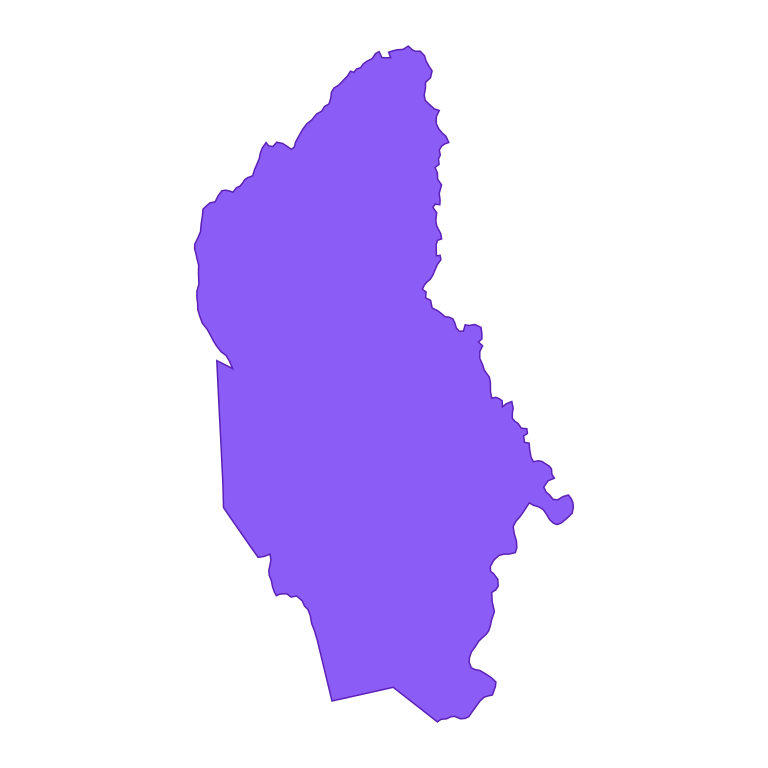 Contendas do Sincorá, Bahia, Brazil
{"feature_id": "56859067B17459765525716", "entity_name": "Contendas do Sincorá", "entity_type": "district", "adm_level": 2, "iso_a3": "BRA", "parent_name": "Brazil", "parent_adm1": "Bahia", "projection": "equal_earth", "projection_center": [-41.061, -13.829], "detail": "fine", "context": "isolated", "style": "filled", "palette": "violet", "viewbox_px": 768, "rotation_deg": 0, "n_neighbors": 0, "source": "geoboundaries", "source_scale": "gbopen_adm2", "svg_char_len": 3782}
<svg xmlns="http://www.w3.org/2000/svg" viewBox="0 0 768 768"><path d="M221.9,190.7L218.1,195.8L215.2,201.8L210.0,202.8L205.9,206.4L203.0,209.1L202.4,216.1L201.2,223.5L200.5,231.7L197.6,238.4L194.8,244.1L194.6,248.9L195.8,253.0L196.9,258.3L198.7,265.3L198.5,269.8L198.5,274.7L198.9,284.1L196.9,291.3L196.9,298.1L197.6,303.1L197.8,309.6L199.8,316.3L202.3,323.1L207.4,329.6L210.9,336.1L213.4,340.9L216.4,345.7L221.1,351.8L226.0,355.4L229.5,361.2L232.6,368.6L216.8,360.6L219.2,410.3L220.7,438.8L222.9,483.9L223.5,507.5L228.7,515.2L251.1,547.5L258.2,557.4L264.2,556.4L269.9,554.2L271.0,559.6L270.0,564.8L268.8,570.4L269.2,575.3L271.3,580.5L272.6,587.0L274.2,591.6L276.3,595.7L279.6,594.2L283.0,593.8L287.1,594.0L291.1,597.1L296.6,596.0L302.2,600.8L304.5,606.1L307.9,609.4L310.2,615.3L311.7,623.7L314.4,630.5L317.2,639.9L332.0,701.0L365.2,693.6L393.2,687.3L437.4,721.9L441.1,719.3L446.6,718.8L451.0,716.7L454.7,716.4L460.5,718.8L465.2,718.4L468.8,716.7L471.6,712.6L476.4,705.9L480.0,701.0L484.1,697.2L487.9,696.0L492.4,695.0L495.4,686.6L495.9,682.0L491.3,677.7L487.4,675.0L484.3,673.1L479.9,670.5L474.5,669.4L471.3,667.7L469.1,662.2L469.6,657.1L471.6,651.6L475.1,647.0L478.8,641.1L483.2,636.9L486.3,634.2L488.7,630.8L490.3,625.9L491.7,619.6L494.4,611.6L492.2,601.7L491.7,592.5L495.8,589.9L498.2,586.1L497.8,579.3L493.5,573.6L490.6,571.3L490.3,566.6L493.7,560.3L499.0,555.4L503.7,554.2L509.6,554.0L515.3,552.6L516.8,547.9L516.5,541.3L514.1,533.1L513.2,526.5L516.1,521.0L519.7,517.1L523.0,512.5L526.1,507.7L529.3,502.9L533.4,505.3L538.7,506.8L543.3,509.7L546.3,514.0L549.6,519.6L553.3,523.1L557.0,524.6L561.4,522.9L566.6,518.6L572.1,513.3L573.4,507.3L572.9,502.7L571.3,498.8L568.4,495.0L563.2,496.5L557.7,499.8L553.1,499.4L549.8,495.2L546.1,492.1L543.8,487.0L548.2,480.7L554.4,478.2L551.9,474.3L551.5,468.9L549.1,466.0L545.7,463.9L541.9,461.4L538.3,460.8L533.4,461.7L531.0,457.1L529.7,449.7L529.1,443.1L524.5,442.4L523.6,436.0L527.4,433.5L526.8,428.7L521.3,428.2L518.2,423.6L515.0,421.4L512.3,418.3L512.4,412.8L513.2,408.2L511.8,401.5L506.4,403.7L502.5,406.8L502.1,400.7L499.0,398.6L495.7,397.3L491.7,398.1L490.5,391.6L490.4,382.6L489.3,377.1L486.7,373.5L484.2,370.0L482.6,364.6L479.8,358.5L479.8,351.5L482.6,345.8L478.4,342.0L481.9,338.9L481.9,333.7L481.0,327.4L474.9,324.5L469.0,325.5L465.2,324.8L463.4,331.1L459.3,331.2L456.4,328.1L454.8,322.9L452.8,318.8L449.0,317.1L445.1,316.8L441.6,313.7L437.8,310.8L432.1,307.9L430.6,300.4L425.6,297.8L426.1,292.0L422.4,289.3L424.2,285.3L426.8,282.1L430.3,279.2L432.6,275.6L434.9,270.3L437.4,264.5L440.9,259.7L440.1,255.3L436.4,255.8L436.3,250.5L436.2,244.7L437.4,240.4L441.6,238.9L440.8,233.9L436.7,225.9L435.8,220.6L436.7,212.7L432.9,207.4L435.2,204.2L439.8,204.7L440.1,200.1L439.2,193.3L441.6,185.0L437.6,179.1L437.4,172.9L435.1,167.4L439.1,164.4L438.5,158.9L440.3,155.1L439.3,150.0L441.7,146.1L444.8,143.9L448.8,142.5L445.9,136.2L442.1,132.9L438.7,128.8L436.2,123.4L436.4,116.5L439.3,110.5L434.4,108.9L428.8,103.9L425.2,100.3L424.2,94.9L425.4,88.9L425.6,82.3L430.5,77.8L432.1,70.9L428.5,65.5L426.0,60.7L424.5,55.7L420.1,51.1L415.6,51.3L412.3,49.8L408.3,46.1L403.0,49.4L396.9,49.8L391.9,51.1L388.6,52.3L390.7,57.5L387.0,57.8L381.9,57.6L379.1,51.6L375.4,53.7L372.2,58.6L366.5,61.5L363.4,63.8L360.6,67.7L356.6,68.9L353.9,72.3L350.5,71.2L347.3,76.2L343.5,80.1L339.0,84.9L334.0,88.0L331.4,92.3L330.8,97.9L329.0,103.9L324.5,106.5L321.7,111.1L316.6,114.0L311.9,119.8L306.9,123.7L302.9,129.0L299.2,135.4L295.6,142.0L294.3,147.1L291.2,149.3L287.4,146.5L282.5,143.4L276.7,142.2L273.0,146.5L268.7,145.9L266.1,142.5L262.3,147.9L260.1,153.8L259.3,158.5L257.3,163.2L254.6,169.5L252.7,175.8L247.8,177.6L244.8,179.6L242.6,183.0L239.9,186.2L236.5,187.6L233.0,192.2L229.5,191.0L225.8,190.2L221.9,190.7Z" fill="#8b5cf6" stroke="#5b21b6" stroke-width="1.5"/></svg>